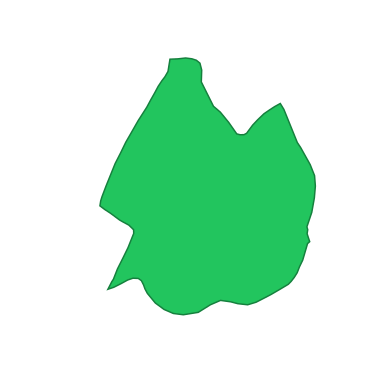 San Rafael Pie de la Cuesta, San Marcos, Guatemala, rotated 332°
{"feature_id": "79465075B609636359228", "entity_name": "San Rafael Pie de la Cuesta", "entity_type": "district", "adm_level": 2, "iso_a3": "GTM", "parent_name": "Guatemala", "parent_adm1": "San Marcos", "projection": "albers", "projection_center": [-91.914, 14.933], "detail": "fine", "context": "isolated", "style": "filled", "palette": "green", "viewbox_px": 384, "rotation_deg": 332, "n_neighbors": 0, "source": "geoboundaries", "source_scale": "gbopen_adm2", "svg_char_len": 1311}
<svg xmlns="http://www.w3.org/2000/svg" viewBox="0 0 384 384"><g transform="rotate(332 192 192)"><path d="M72.1,238.4L78.2,239.4L86.5,239.6L93.9,239.5L99.4,240.4L104.0,243.1L105.7,246.5L105.6,251.3L105.0,255.4L105.0,258.7L105.0,260.6L107.5,272.8L112.2,282.6L118.5,290.5L126.7,296.3L141.0,301.2L155.3,300.2L166.3,301.1L174.7,307.2L180.0,312.1L188.2,317.7L196.8,319.4L203.5,319.5L213.3,319.6L223.8,319.2L233.7,318.7L237.5,317.5L242.0,315.5L246.9,312.7L251.8,308.5L257.8,304.1L269.8,291.8L272.6,291.1L273.7,284.8L274.1,282.8L276.5,279.6L277.1,276.7L288.2,266.2L297.3,254.6L303.7,244.7L307.9,235.1L309.2,223.4L308.8,203.8L308.2,197.8L311.9,162.2L311.5,155.3L305.1,155.4L299.3,155.9L292.3,156.7L284.1,159.0L277.0,161.4L271.5,164.0L267.8,165.8L264.8,165.8L261.3,164.0L258.8,161.7L257.1,147.9L254.5,134.8L251.2,126.4L251.9,99.2L257.8,88.9L259.5,82.0L257.7,77.7L254.4,74.3L249.3,70.7L241.8,67.7L234.9,64.4L227.4,74.3L222.1,77.6L217.7,79.6L211.8,82.8L205.7,86.9L199.1,91.1L191.9,95.9L178.0,103.7L166.6,110.9L157.0,116.9L147.4,123.9L137.5,130.8L119.0,146.3L110.1,154.1L107.2,157.0L104.2,161.0L106.8,166.6L109.9,172.2L114.9,182.7L116.9,185.9L120.7,191.6L122.7,197.9L121.1,201.2L114.1,207.1L109.5,211.0L100.7,217.4L90.1,224.9L81.7,232.1L79.0,233.6L72.1,238.4Z" fill="#22c55e" stroke="#15803d" stroke-width="1.5"/></g></svg>